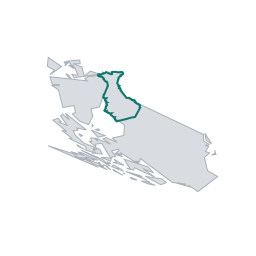 where Ontario sits in Canada, rotated 204°
{"feature_id": "CAN-682", "entity_name": "Ontario", "entity_type": "Province", "adm_level": 1, "iso_a3": "CAN", "parent_name": "Canada", "parent_adm1": "", "projection": "equal_earth", "projection_center": [-83.246, 49.265], "detail": "fine", "context": "in_parent", "style": "outline", "palette": "teal", "viewbox_px": 256, "rotation_deg": 204, "n_neighbors": 0, "source": "natural_earth", "source_scale": "10m", "svg_char_len": 8241}
<svg xmlns="http://www.w3.org/2000/svg" viewBox="0 0 256 256"><g transform="rotate(204 128 128)"><path d="M46.2,132.1L38.0,121.4L26.4,120.1L38.3,98.2L48.7,100.2L47.9,99.3L61.8,97.3L54.6,99.0L52.7,99.8L53.0,100.1L65.3,96.3L104.4,105.2L103.7,102.0L108.6,100.4L103.3,100.4L107.9,99.7L125.1,102.5L122.9,100.9L125.5,100.6L128.4,101.1L127.1,103.7L128.3,104.7L133.6,100.3L127.7,97.1L132.0,93.7L145.8,103.4L151.0,100.0L149.8,97.8L158.3,100.1L155.7,100.7L158.0,103.7L154.0,105.2L151.6,103.9L151.0,103.8L150.4,104.0L153.0,105.6L137.2,106.2L146.3,107.9L144.0,110.3L132.0,110.4L138.3,112.4L128.8,119.5L132.4,129.2L156.3,134.5L157.7,142.8L163.7,147.3L162.6,135.6L169.7,130.4L165.0,124.5L165.4,115.0L175.0,114.5L184.6,118.2L182.3,120.8L186.5,126.5L195.8,120.2L207.0,134.5L214.7,135.9L208.2,138.6L208.5,139.7L214.9,137.1L220.2,143.0L184.4,154.5L187.6,155.6L184.2,159.8L181.9,160.5L176.8,163.8L170.7,170.1L155.7,176.7L156.0,164.4L141.6,154.9L56.6,152.8L53.8,147.0L47.2,146.1L50.4,143.3L46.8,144.2L47.7,138.0L43.3,138.4L46.2,132.1ZM147.7,95.5L151.2,95.5L150.0,91.6L157.5,90.6L158.8,93.8L177.2,94.5L175.4,95.8L187.7,99.0L182.5,99.8L199.8,104.6L195.8,108.5L191.7,106.6L193.4,105.3L184.5,105.6L194.6,111.5L193.5,114.1L185.0,111.5L191.2,116.0L165.0,109.3L174.7,107.2L172.7,105.7L177.0,103.3L173.4,100.1L162.6,96.3L145.0,97.0L141.0,93.7L150.9,90.5L147.6,92.2L150.8,94.8L147.7,95.5ZM139.1,80.0L193.8,79.3L162.8,82.7L170.5,83.2L156.5,85.0L164.1,85.7L158.9,86.7L142.4,86.2L147.7,85.2L145.5,84.4L152.0,84.9L153.6,84.8L155.5,84.1L147.8,83.1L154.3,83.1L157.0,82.8L148.4,81.4L159.4,82.1L154.8,81.3L165.8,80.7L162.5,80.6L165.8,80.2L139.1,80.0ZM84.1,94.1L106.0,94.3L105.9,91.6L109.3,91.5L118.9,97.9L93.7,100.6L86.4,97.4L97.7,96.9L84.1,94.1ZM195.0,165.0L189.0,157.6L185.5,164.7L175.9,165.6L197.7,151.9L201.0,154.2L195.2,155.8L201.1,161.5L210.3,164.6L199.7,170.5L197.8,167.2L204.4,164.4L195.0,165.0ZM75.0,89.5L92.3,90.9L76.0,95.3L70.8,93.7L75.0,89.5ZM129.7,81.5L146.3,81.2L151.0,82.5L139.2,83.8L134.3,82.9L139.6,82.4L129.7,81.5ZM128.8,85.8L143.6,87.7L161.6,88.6L138.5,89.0L128.8,85.8ZM89.2,88.0L112.3,87.4L98.3,89.4L94.9,89.0L101.6,88.1L89.2,88.0ZM221.0,144.9L218.8,150.8L226.8,151.7L229.6,160.1L213.7,157.1L221.0,144.9ZM116.5,92.2L127.6,90.5L124.8,91.9L128.1,93.9L116.5,92.2ZM145.9,111.7L151.7,107.3L160.7,111.2L145.9,111.7ZM130.4,90.6L140.6,90.3L130.9,93.6L130.4,90.6ZM94.2,84.9L90.5,86.5L79.7,86.7L87.6,85.0L94.2,84.9ZM127.2,86.2L126.3,88.4L117.3,87.5L120.9,87.2L119.5,86.2L127.2,86.2ZM113.4,82.7L123.5,83.2L125.2,84.1L113.4,82.7ZM45.2,147.5L51.8,148.7L55.7,154.5L45.2,147.5ZM158.9,90.7L166.0,91.0L168.2,92.0L158.9,90.7ZM121.3,99.5L128.0,98.8L129.9,99.9L121.3,99.5ZM132.3,87.5L132.8,89.0L128.9,88.4L132.3,87.5ZM128.3,83.1L132.7,84.0L126.6,83.1L128.3,83.1ZM167.6,101.1L170.8,102.8L166.7,102.7L167.6,101.1ZM100.6,84.1L105.5,84.0L98.7,84.3L100.6,84.1ZM113.1,90.8L110.0,91.3L108.6,90.9L113.1,90.8ZM211.0,159.1L210.9,163.1L211.7,161.3L213.1,162.4L211.1,163.7L209.1,163.2L211.0,159.1ZM103.5,83.1L106.2,83.6L98.9,83.7L103.5,83.1ZM206.8,152.5L203.8,152.0L200.0,150.0L204.0,150.5L206.8,152.5ZM157.0,113.3L154.8,115.2L152.9,114.6L154.0,113.4L157.0,113.3ZM37.2,139.6L40.6,137.2L38.9,139.7L37.2,139.6ZM130.1,84.6L135.1,84.4L136.0,84.5L130.1,84.6ZM117.7,86.5L116.4,87.3L114.5,86.7L117.7,86.5ZM201.3,160.1L203.2,160.5L207.4,161.0L205.6,162.4L201.3,160.1ZM161.3,114.8L162.1,116.6L160.8,116.2L161.3,114.8ZM89.8,86.8L87.0,87.6L86.0,87.5L89.8,86.8ZM141.4,84.6L139.9,85.0L139.6,84.7L141.4,84.6ZM113.4,84.6L113.4,85.2L112.0,84.5L113.4,84.6ZM37.5,140.1L38.6,140.9L39.7,143.1L37.5,140.1Z" fill="#d9dde1" stroke="#a8b0b8" stroke-width="1"/><path d="M139.1,156.0L138.5,155.9L138.3,155.9L138.1,155.9L137.8,155.9L137.6,155.8L137.4,155.6L136.5,155.6L136.4,155.6L136.2,155.6L135.8,155.6L135.7,155.6L135.6,155.4L135.6,155.2L135.4,155.2L135.0,155.4L134.5,155.7L134.2,155.7L134.1,155.8L133.9,155.7L133.7,155.8L133.7,155.7L133.4,155.6L133.3,155.3L133.1,155.3L132.8,155.2L132.7,155.1L132.6,154.8L132.3,154.8L132.0,154.9L132.0,155.1L131.9,155.2L131.6,154.9L131.6,154.7L131.4,154.5L131.1,154.5L131.0,154.4L131.2,154.2L130.6,154.1L130.4,154.0L129.7,153.9L129.2,154.0L128.4,154.3L128.3,154.2L128.2,153.9L127.3,153.8L127.2,153.8L127.2,153.7L126.6,153.7L126.4,153.6L126.2,153.4L126.2,153.0L126.0,152.2L125.9,151.8L125.7,151.7L125.3,151.6L125.2,151.6L126.0,141.1L129.9,138.3L132.4,136.2L135.4,133.8L139.4,130.8L141.2,129.4L141.4,129.4L141.5,129.5L141.9,129.9L142.2,129.9L142.4,130.2L142.5,130.2L142.7,130.3L143.3,130.5L143.5,130.7L143.7,130.9L144.0,131.3L144.2,131.5L144.3,131.6L144.2,131.7L144.2,131.8L144.3,131.7L144.5,131.7L144.5,131.8L144.8,131.8L144.8,132.0L144.9,131.9L145.5,132.0L145.9,132.1L146.0,132.1L146.3,132.2L146.6,132.3L147.1,132.5L147.3,132.6L148.1,132.8L148.4,132.9L148.6,132.9L148.7,133.0L148.9,133.1L149.2,133.4L149.6,133.6L149.9,133.7L149.9,133.8L149.7,134.0L149.3,134.4L149.3,134.5L149.2,134.7L149.4,134.6L149.5,134.3L149.8,134.0L149.9,133.9L150.1,133.8L150.3,133.8L151.1,134.0L151.3,134.0L151.6,133.9L152.0,133.8L152.4,133.9L152.7,133.7L153.1,133.9L153.2,134.0L153.4,134.0L153.6,134.1L153.6,134.3L153.5,134.2L153.3,133.9L153.2,133.9L153.3,133.9L153.5,133.9L153.7,134.0L154.3,134.0L154.8,134.0L155.1,134.0L155.0,134.3L155.2,134.2L155.4,134.3L155.7,134.2L155.9,134.2L155.9,134.3L155.9,134.2L156.0,134.2L156.2,134.3L156.5,134.5L156.4,134.4L156.5,134.3L156.4,134.2L156.6,134.3L156.5,134.6L156.6,134.9L156.6,135.0L156.5,135.9L156.3,136.2L156.2,136.4L156.2,136.5L156.2,137.0L156.3,137.1L156.5,137.2L156.7,137.4L156.9,138.1L156.9,138.3L156.8,138.5L156.7,138.7L156.8,138.8L156.7,139.0L156.9,139.3L157.0,139.7L156.9,139.8L156.7,139.9L156.6,140.2L156.5,140.4L156.6,140.6L156.7,140.8L157.0,140.9L157.2,141.0L157.3,141.1L157.4,141.3L157.5,141.5L158.0,142.0L158.3,142.2L158.3,142.3L158.3,142.5L158.5,142.6L158.2,142.6L157.9,142.7L157.9,142.8L157.8,142.7L157.7,142.7L157.6,142.8L157.9,142.8L158.4,142.8L158.5,142.9L158.7,143.1L158.8,143.2L159.0,143.3L159.3,143.4L159.5,143.4L159.7,143.5L159.9,143.8L160.1,143.9L160.4,144.1L160.7,144.4L160.7,144.5L160.8,144.9L160.9,145.0L161.0,145.1L161.1,145.5L160.6,145.7L160.4,145.8L160.3,146.0L160.0,146.1L159.9,146.3L159.7,146.4L159.7,146.5L159.9,146.4L159.9,146.5L160.0,146.3L160.1,146.2L160.3,146.2L160.5,146.1L160.7,145.9L161.1,145.5L161.6,145.6L161.8,145.7L162.1,145.8L162.3,145.9L162.7,146.2L162.8,146.4L163.2,146.6L163.3,146.7L163.5,156.5L163.6,157.2L163.5,157.3L163.4,157.5L163.5,157.8L163.7,158.2L163.8,158.4L163.7,158.7L163.8,158.8L164.0,159.0L164.1,159.3L164.5,159.7L164.7,160.0L164.9,160.3L164.9,160.5L165.0,160.6L165.2,160.8L165.5,161.0L166.4,161.4L166.6,161.4L166.6,161.5L166.8,161.4L167.2,161.5L167.3,161.5L167.6,161.6L168.3,161.7L168.8,161.9L169.1,162.1L169.2,162.3L169.3,162.5L169.6,162.8L170.0,163.0L170.2,162.9L170.2,162.7L170.3,162.7L170.5,162.8L170.6,163.0L170.8,163.4L170.9,163.7L171.0,163.7L171.5,163.9L171.7,164.0L171.8,164.0L172.0,163.9L172.4,163.9L172.7,164.0L172.9,164.3L173.0,164.3L173.3,164.0L173.6,164.0L174.1,163.8L174.3,163.7L174.9,163.6L175.2,163.5L175.6,163.5L175.9,163.4L176.2,163.6L176.4,163.6L176.6,163.7L176.4,164.5L176.8,164.9L176.6,165.0L176.4,165.0L176.3,165.3L176.0,165.4L175.9,165.6L175.4,165.6L175.0,165.8L174.8,165.8L174.5,166.0L173.4,167.0L173.1,167.3L173.0,167.5L172.5,167.7L172.3,167.9L172.2,168.0L172.3,168.1L172.2,168.1L171.9,168.3L171.6,168.6L170.8,170.1L170.6,170.1L165.9,170.1L164.7,170.7L165.0,171.3L165.0,171.6L165.0,171.8L165.1,172.0L165.2,172.3L165.4,172.4L165.4,172.6L165.1,172.9L162.0,174.3L159.4,174.9L156.4,176.7L155.8,176.7L155.7,176.6L154.8,176.1L154.6,175.8L154.5,175.6L154.5,175.4L154.6,175.2L154.6,174.8L154.7,174.5L154.8,174.4L155.1,174.4L155.4,174.2L155.8,173.7L156.0,173.6L156.3,173.1L156.3,172.9L156.2,172.8L156.3,172.8L156.3,172.5L156.4,172.3L156.4,172.0L157.1,170.3L156.1,164.5L156.0,164.4L153.7,163.1L153.3,163.1L153.5,162.7L153.8,162.3L153.5,162.0L153.4,161.9L153.0,162.0L152.8,161.9L152.7,162.0L152.4,161.9L152.2,161.7L152.1,161.3L152.1,161.2L152.0,160.9L152.1,160.6L151.9,160.6L151.6,160.7L151.4,160.6L151.2,160.8L150.5,160.3L150.3,159.5L150.2,159.4L146.1,157.2L141.7,155.0L141.6,154.9L141.0,155.1L139.2,156.0L139.1,156.0ZM163.3,146.7L163.2,146.6L162.9,146.4L162.7,146.1L162.9,145.6L162.8,145.4L163.0,145.3L163.0,145.2L163.3,146.7Z" fill="none" stroke="#0f766e" stroke-width="2"/></g></svg>